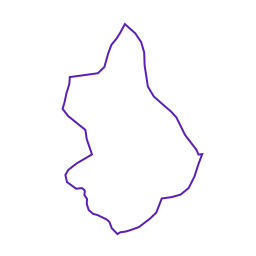 the district of Pukchong, Hamgyŏng-namdo, North Korea, rotated 81°
{"feature_id": "82179303B88623362081426", "entity_name": "Pukchong", "entity_type": "district", "adm_level": 2, "iso_a3": "PRK", "parent_name": "North Korea", "parent_adm1": "Hamgyŏng-namdo", "projection": "equal_earth", "projection_center": [128.374, 40.231], "detail": "fine", "context": "isolated", "style": "outline", "palette": "violet", "viewbox_px": 256, "rotation_deg": 81, "n_neighbors": 0, "source": "geoboundaries", "source_scale": "gbopen_adm2", "svg_char_len": 946}
<svg xmlns="http://www.w3.org/2000/svg" viewBox="0 0 256 256"><g transform="rotate(81 128 128)"><path d="M68.6,177.5L75.2,179.0L84.4,183.5L92.3,186.5L98.9,189.6L106.9,185.2L115.1,177.8L123.2,170.4L132.5,170.5L140.5,169.1L148.5,167.7L154.8,184.0L160.0,193.5L164.6,197.2L171.9,196.7L173.0,195.6L179.9,188.7L180.1,183.0L182.3,180.9L183.6,180.5L187.4,181.5L191.6,179.6L196.7,180.6L203.0,179.6L207.4,175.8L209.2,171.7L215.2,163.2L217.8,161.1L220.5,160.5L224.3,159.8L231.1,155.0L229.8,151.9L229.9,146.0L228.7,138.6L227.5,132.6L221.1,120.7L216.0,113.3L202.9,105.7L203.1,95.4L202.0,86.5L196.8,77.5L186.4,70.0L174.6,64.0L165.4,58.8L165.3,62.5L160.0,63.9L152.0,68.3L143.9,72.7L134.6,75.6L125.2,78.5L118.5,82.9L111.7,88.7L100.9,97.6L90.2,101.9L78.3,101.8L69.0,101.8L55.8,100.2L45.1,101.6L35.7,106.0L24.9,114.8L32.7,120.8L37.9,125.3L43.1,131.2L51.0,135.8L64.1,141.8L69.2,149.2L68.9,164.1L68.6,177.5Z" fill="none" stroke="#5b21b6" stroke-width="2"/></g></svg>